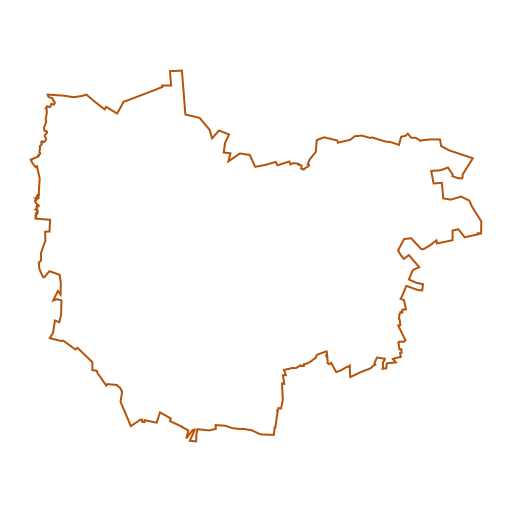 Bojanala, North West, South Africa
{"feature_id": "47623444B85240549790840", "entity_name": "Bojanala", "entity_type": "district", "adm_level": 2, "iso_a3": "ZAF", "parent_name": "South Africa", "parent_adm1": "North West", "projection": "albers", "projection_center": [27.064, -25.431], "detail": "fine", "context": "isolated", "style": "outline", "palette": "amber", "viewbox_px": 512, "rotation_deg": 0, "n_neighbors": 0, "source": "geoboundaries", "source_scale": "gbopen_adm2", "svg_char_len": 5815}
<svg xmlns="http://www.w3.org/2000/svg" viewBox="0 0 512 512"><path d="M481.1,233.5L481.3,221.5L476.6,213.9L472.4,207.3L469.2,200.5L461.0,196.6L451.2,199.5L450.0,199.5L443.2,198.4L442.6,190.0L441.8,182.8L433.6,183.5L431.2,170.9L439.3,170.4L443.7,169.2L447.8,167.5L452.7,174.5L452.4,176.2L458.1,178.2L462.1,178.4L462.6,177.0L462.6,174.5L468.7,164.9L472.8,158.3L449.0,150.3L441.2,146.1L440.0,139.5L430.6,139.4L420.6,140.5L420.4,140.9L415.9,137.9L411.1,137.7L407.8,133.6L405.8,135.7L401.1,136.8L399.0,144.9L391.1,142.2L384.9,141.4L372.3,137.5L369.6,137.8L361.9,135.6L354.9,136.2L350.0,139.9L342.3,141.6L337.9,142.7L337.3,140.5L324.0,137.3L316.7,140.2L315.8,151.8L309.6,159.6L307.7,164.2L309.0,164.8L309.0,165.6L308.8,165.9L303.9,169.0L303.7,169.6L301.2,168.6L301.6,165.7L299.8,164.9L298.6,164.8L298.6,163.8L293.2,163.1L290.5,164.4L289.3,161.5L277.4,165.3L275.8,161.9L265.9,164.8L255.2,166.8L249.7,154.9L239.9,153.5L228.4,161.4L230.4,153.3L223.7,152.5L225.1,142.8L229.1,134.5L219.0,130.5L212.1,138.4L209.7,129.9L199.6,117.9L185.4,114.5L181.9,70.6L170.0,71.2L171.1,85.5L162.1,85.6L162.3,87.0L152.9,90.7L126.5,100.8L123.6,101.7L120.5,107.6L117.0,113.5L106.1,106.8L104.7,109.4L95.5,102.3L86.4,94.6L81.4,96.1L73.3,97.2L64.3,95.7L47.7,94.6L47.9,95.9L48.8,96.9L49.8,97.5L50.9,97.9L51.8,97.9L52.3,98.2L52.7,98.8L53.0,100.0L53.7,100.9L54.0,101.6L54.8,102.4L54.8,102.7L54.3,103.7L54.3,104.1L53.8,104.6L52.8,104.4L51.4,103.8L51.2,104.1L51.1,105.1L50.4,106.2L50.4,106.7L50.1,107.0L49.1,107.0L47.5,106.3L47.0,106.3L46.7,106.5L46.9,107.2L46.8,107.4L45.7,108.3L46.6,109.1L46.7,109.5L46.6,111.0L46.8,111.7L46.8,112.9L46.0,117.4L45.7,117.8L45.8,120.3L46.2,121.5L44.9,125.6L44.3,126.7L44.0,127.4L44.2,128.5L44.1,128.9L44.4,130.6L45.1,131.2L45.6,131.2L45.9,131.0L46.3,131.0L47.1,131.9L47.1,132.5L46.9,133.0L46.4,133.6L45.3,134.5L44.7,135.8L46.1,138.8L45.8,139.2L45.7,140.0L45.1,141.1L44.2,141.6L43.8,142.1L43.5,142.1L42.9,141.6L42.4,141.4L41.6,141.4L41.3,141.9L41.2,142.8L41.8,143.6L41.7,144.6L41.2,144.9L40.5,145.7L40.1,145.8L39.8,146.3L40.0,147.2L39.8,147.9L40.1,149.3L40.0,149.7L39.5,150.2L39.4,151.8L39.6,152.5L39.9,152.7L40.3,153.6L39.2,154.5L39.0,155.1L38.3,155.1L38.2,155.4L38.5,156.4L30.7,159.7L32.5,163.2L35.7,167.2L37.0,166.3L39.7,178.7L38.8,192.2L39.1,194.6L38.3,194.9L38.7,195.3L38.7,195.5L37.9,195.2L37.9,195.4L37.6,195.5L37.7,195.9L37.2,195.9L36.9,196.2L36.9,196.7L37.0,197.0L37.8,197.1L38.2,197.6L37.8,197.6L37.7,198.0L37.3,198.1L37.6,198.7L37.1,199.2L37.0,198.8L37.1,198.2L36.5,198.8L36.1,198.4L36.0,199.1L35.7,199.0L36.1,199.5L36.1,200.0L35.8,200.2L35.7,199.8L35.6,200.2L35.0,201.0L35.0,201.4L35.2,201.8L35.9,202.4L36.1,203.1L36.6,203.5L36.8,204.2L37.1,204.2L37.3,204.7L38.4,205.0L38.6,205.5L38.3,205.5L38.3,206.1L37.7,206.0L37.7,206.5L37.2,206.6L37.0,206.2L36.8,206.3L36.8,206.5L37.3,206.8L37.1,207.0L36.6,207.0L36.9,208.2L36.5,208.4L36.5,208.9L36.3,209.2L35.7,209.5L36.4,209.7L36.8,210.1L37.3,210.1L37.3,210.3L36.7,210.3L36.6,210.5L36.8,210.8L37.2,210.9L37.4,211.1L37.3,211.9L37.6,211.9L37.7,211.5L37.9,212.0L37.2,212.5L37.3,213.0L37.1,213.3L37.3,213.5L37.1,213.8L36.6,213.8L36.5,213.5L36.1,213.2L35.9,213.4L36.0,213.6L36.2,213.9L35.8,214.9L36.3,214.8L36.0,215.2L36.2,215.9L35.8,216.2L35.7,216.7L36.1,217.6L35.6,217.7L35.9,218.2L35.7,218.6L50.1,219.8L49.5,231.5L45.1,231.7L45.4,241.1L44.0,244.3L41.0,253.2L41.1,260.7L38.8,262.5L39.3,268.6L40.7,272.2L43.2,277.3L44.4,277.2L49.4,271.2L59.7,274.8L60.8,283.5L60.6,294.6L57.9,291.0L53.2,300.5L57.0,299.2L61.5,300.4L61.1,314.7L59.3,322.2L54.9,320.5L53.1,332.7L49.8,338.2L60.8,340.9L63.4,340.7L75.4,349.5L77.4,347.8L92.4,362.2L92.3,370.0L97.0,370.9L97.3,372.8L106.3,385.6L107.4,384.1L117.2,385.0L117.7,386.2L119.8,387.4L122.1,391.8L120.5,401.9L124.7,411.5L130.8,426.1L140.3,419.8L142.0,419.6L142.2,421.8L144.4,422.1L144.7,420.2L156.6,422.7L160.0,412.4L170.8,418.5L170.0,421.1L182.1,426.7L182.0,427.1L188.4,430.4L186.3,438.4L192.6,430.1L194.8,429.7L189.8,440.8L196.1,441.4L196.5,433.9L197.5,429.2L209.1,430.4L212.8,429.6L215.8,428.9L215.6,425.1L225.1,425.7L232.2,428.1L239.0,428.9L244.2,429.0L252.1,430.4L260.4,434.4L273.9,434.9L274.6,427.5L275.3,427.6L276.7,417.9L277.7,411.3L277.7,410.8L277.3,410.8L277.4,410.2L277.8,410.2L278.5,408.0L281.1,408.5L282.8,399.6L282.0,383.5L284.3,383.9L282.9,375.2L285.9,375.2L284.0,369.9L289.3,368.8L292.4,367.8L293.0,368.2L296.1,368.0L300.5,365.3L300.8,365.9L302.9,366.0L304.1,365.7L303.7,364.3L307.0,363.5L310.4,361.7L316.0,357.5L316.3,355.7L317.7,354.5L325.9,351.5L326.6,351.3L327.3,356.1L326.2,355.4L326.1,355.7L327.1,357.6L327.8,361.5L327.8,362.3L327.4,362.7L327.4,363.0L328.0,363.5L329.2,364.2L329.6,364.2L330.0,363.8L330.4,363.7L330.4,363.4L331.0,363.1L331.1,362.8L331.4,362.8L331.4,363.3L336.2,372.1L340.9,370.3L346.9,366.9L348.2,366.9L349.8,365.6L349.8,368.9L350.2,377.1L361.1,372.0L370.6,368.3L373.5,365.4L375.4,364.7L374.5,362.9L377.0,357.6L378.7,357.7L384.0,358.7L384.8,358.7L384.4,360.5L383.2,361.9L383.0,362.8L382.8,364.6L383.1,366.2L382.6,368.8L386.2,368.3L386.8,363.4L395.9,362.4L392.8,359.0L396.1,357.9L400.8,357.0L400.1,353.0L401.7,352.6L401.3,350.7L401.6,349.5L400.7,349.2L399.5,349.4L398.4,342.3L399.2,342.3L399.9,341.5L401.9,341.8L404.0,341.6L405.4,340.2L398.2,325.5L400.4,325.1L399.6,319.7L399.1,319.3L399.3,318.2L399.1,317.5L399.4,315.2L399.2,314.7L399.7,313.8L400.4,313.2L400.4,312.1L400.8,312.1L401.6,312.5L402.3,312.6L402.4,311.6L402.2,309.8L405.9,309.3L404.0,300.2L400.6,298.8L402.3,295.6L406.3,285.9L417.8,290.0L422.2,290.4L423.0,284.2L416.4,282.8L408.9,279.5L412.5,270.7L413.6,269.7L419.2,267.2L408.9,255.1L403.7,258.9L401.5,255.8L401.0,255.6L398.1,250.4L404.1,239.1L411.1,238.2L421.4,249.3L424.0,248.9L430.5,245.0L430.5,244.9L436.4,240.4L437.0,243.5L452.5,240.2L452.6,230.5L458.4,229.3L464.7,237.3L477.5,234.4L477.7,233.2L479.1,233.3L479.1,234.0L481.1,233.5Z" fill="none" stroke="#b45309" stroke-width="2"/></svg>